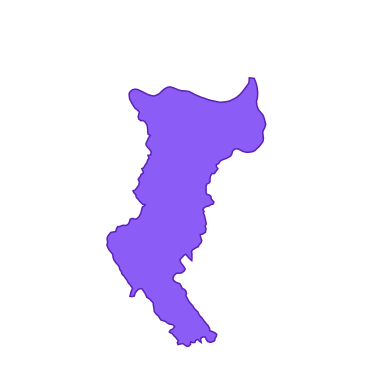 Igrapiúna, Bahia, Brazil, rotated 309°
{"feature_id": "56859067B23298500408343", "entity_name": "Igrapiúna", "entity_type": "district", "adm_level": 2, "iso_a3": "BRA", "parent_name": "Brazil", "parent_adm1": "Bahia", "projection": "natural_earth1", "projection_center": [-39.239, -13.883], "detail": "fine", "context": "isolated", "style": "filled", "palette": "violet", "viewbox_px": 384, "rotation_deg": 309, "n_neighbors": 0, "source": "geoboundaries", "source_scale": "gbopen_adm2", "svg_char_len": 3999}
<svg xmlns="http://www.w3.org/2000/svg" viewBox="0 0 384 384"><g transform="rotate(309 192 192)"><path d="M319.4,168.8L316.8,164.6L314.6,166.2L312.5,167.6L309.1,167.8L302.3,168.1L297.7,167.9L293.1,167.0L286.5,164.0L283.2,161.3L279.4,157.5L276.5,151.8L274.7,148.3L271.2,138.9L269.5,132.8L268.8,128.9L268.3,126.6L266.4,123.3L264.0,120.0L262.9,117.5L261.4,112.4L259.9,108.8L257.7,106.9L254.6,105.7L251.1,105.1L247.8,104.7L245.3,103.6L242.7,102.1L241.3,99.6L239.9,96.1L239.4,93.8L239.0,91.7L237.5,85.4L236.1,83.0L234.0,81.4L231.4,80.8L229.1,81.1L227.4,82.5L225.1,84.9L224.0,87.4L222.6,90.7L221.2,95.1L221.4,98.4L220.9,100.9L219.0,101.7L216.7,102.7L215.2,104.8L215.2,107.5L216.6,108.7L217.0,110.9L215.9,114.6L214.3,116.6L212.5,118.4L210.7,119.8L209.3,121.6L209.7,124.0L206.7,124.1L203.6,125.0L200.8,125.7L199.4,127.0L198.8,129.6L198.4,132.3L197.5,135.0L194.7,136.6L192.8,134.7L191.2,137.3L188.9,137.4L186.6,138.4L183.7,138.6L180.4,139.2L178.5,138.3L177.4,140.7L176.0,142.4L173.7,141.3L172.0,142.0L170.3,142.0L168.0,142.2L166.6,144.9L164.0,146.2L160.8,146.5L157.8,146.6L155.7,145.4L154.8,147.6L154.5,150.0L152.7,152.2L152.5,154.7L152.0,156.7L151.6,158.8L151.5,161.6L152.7,163.5L151.1,163.8L149.2,162.9L146.8,163.9L143.8,165.4L139.9,166.3L137.3,166.1L135.2,165.1L133.8,162.0L131.9,161.1L129.9,162.0L127.1,162.7L124.6,162.0L123.3,160.0L121.7,158.5L119.9,157.8L118.4,156.0L115.7,156.5L113.2,157.7L111.5,156.1L109.5,154.3L107.5,154.3L105.7,154.3L103.5,154.7L101.6,155.9L100.5,157.4L99.1,158.5L97.2,159.2L95.7,161.8L94.8,164.1L94.3,166.7L93.6,169.8L91.5,171.8L90.0,174.3L89.1,177.4L88.6,180.6L88.0,182.6L86.5,184.3L85.7,186.9L84.1,189.4L83.8,192.7L83.0,194.7L82.7,196.8L81.9,198.4L81.1,200.3L81.0,202.3L80.4,204.2L79.7,206.4L76.6,207.2L71.8,209.4L72.9,211.2L74.8,212.6L77.8,211.4L80.9,211.3L83.6,212.0L85.3,213.9L84.5,216.8L83.8,219.1L82.8,221.4L81.7,223.1L82.2,226.8L81.7,229.2L81.4,231.6L79.4,233.5L77.4,235.9L75.4,237.8L74.5,241.3L74.5,244.0L73.5,246.6L73.0,248.6L73.9,250.6L74.7,252.9L74.7,255.0L75.1,257.7L76.8,260.3L76.6,263.1L73.4,263.3L71.0,262.1L68.9,262.4L69.4,266.1L68.9,268.5L68.8,270.7L68.2,272.9L67.8,275.1L65.6,275.4L64.6,277.2L66.6,278.7L68.4,280.2L68.6,282.4L68.9,285.3L70.5,286.6L72.8,286.7L74.7,285.2L75.5,287.5L76.9,288.9L78.9,288.2L81.0,289.2L80.8,291.4L80.9,293.7L82.6,291.7L84.7,290.9L86.6,292.0L87.6,293.7L86.3,296.1L85.7,298.6L86.8,300.9L88.4,302.2L90.7,303.2L92.8,302.0L95.0,301.8L96.9,300.8L97.0,298.2L96.1,295.0L95.4,293.0L96.9,291.7L98.2,288.9L98.6,286.4L99.0,284.1L99.8,281.0L100.5,278.7L100.6,276.7L101.3,274.2L102.5,272.1L102.7,269.7L102.8,267.4L103.9,264.7L104.4,261.6L104.8,259.2L106.4,255.3L107.7,252.2L109.7,251.7L111.2,249.4L111.6,247.6L110.9,245.3L112.2,242.6L113.1,240.0L112.2,238.0L111.7,235.6L111.8,233.0L113.0,231.5L116.0,230.5L119.1,231.1L120.9,233.2L122.4,234.7L125.2,235.6L127.8,235.3L129.1,231.9L129.8,228.5L131.4,225.4L134.0,225.3L137.7,225.6L139.7,226.4L139.3,228.6L138.7,231.3L138.5,235.0L140.6,233.6L142.2,232.2L143.8,231.0L145.5,229.1L147.5,228.8L149.3,229.5L151.5,230.3L153.5,231.4L155.7,230.7L158.1,231.0L160.5,230.1L162.5,226.8L164.2,225.1L166.1,226.8L169.1,227.8L172.2,226.1L173.7,223.7L176.3,223.1L181.5,216.5L182.7,214.3L184.6,213.5L185.2,211.4L188.0,211.4L190.3,212.6L192.1,214.1L193.9,214.5L195.8,215.9L197.9,215.5L198.4,213.3L198.8,211.1L200.4,209.7L200.7,207.7L199.6,205.5L200.1,203.4L201.6,202.4L203.2,201.2L204.9,199.5L207.5,198.5L209.5,199.5L211.5,199.5L213.5,197.7L215.8,196.4L218.9,195.8L220.4,197.8L223.5,197.6L226.4,197.5L227.0,195.1L228.4,193.7L230.8,194.8L233.7,194.4L236.6,195.6L238.8,197.0L242.1,198.6L244.4,199.4L246.7,199.0L249.1,197.8L252.0,198.0L253.9,199.6L254.9,202.5L255.5,205.8L256.9,208.9L258.5,211.0L261.4,213.6L263.7,214.8L269.8,215.6L273.4,215.5L276.2,215.2L278.8,213.7L281.4,210.9L283.2,209.2L285.0,208.6L287.8,208.0L291.0,206.7L294.9,201.4L296.4,198.8L297.8,191.7L300.0,188.1L302.8,185.2L306.5,183.4L310.0,181.0L311.9,179.2L315.4,175.4L317.6,172.2L319.4,168.8Z" fill="#8b5cf6" stroke="#5b21b6" stroke-width="1.5"/></g></svg>